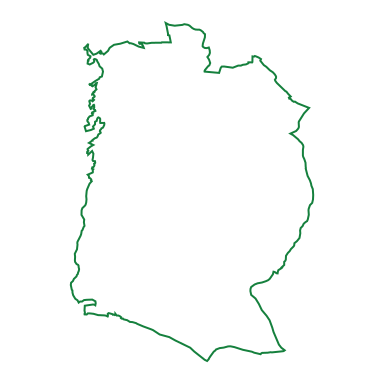 Stoina, Gorj, Romania (Mercator projection)
{"feature_id": "2599482B4391298205138", "entity_name": "Stoina", "entity_type": "district", "adm_level": 2, "iso_a3": "ROU", "parent_name": "Romania", "parent_adm1": "Gorj", "projection": "mercator", "projection_center": [23.622, 44.679], "detail": "fine", "context": "isolated", "style": "outline", "palette": "green", "viewbox_px": 384, "rotation_deg": 0, "n_neighbors": 0, "source": "geoboundaries", "source_scale": "gbopen_adm2", "svg_char_len": 5698}
<svg xmlns="http://www.w3.org/2000/svg" viewBox="0 0 384 384"><path d="M78.7,302.6L80.1,301.5L82.1,301.5L84.0,300.1L86.8,299.8L92.3,299.6L95.4,301.3L95.7,303.2L95.3,305.3L94.4,304.7L93.0,304.5L84.8,305.7L84.5,310.6L84.9,312.5L84.8,313.7L84.5,314.0L84.6,314.4L86.7,314.5L87.8,313.4L89.8,313.4L93.5,313.8L98.1,315.1L104.5,315.4L106.1,315.7L107.7,316.5L107.9,316.1L107.8,313.7L108.7,313.1L112.3,314.1L113.0,314.8L113.7,314.5L114.9,315.1L115.4,314.8L115.4,313.8L116.7,315.5L118.4,315.5L120.0,316.3L121.1,317.2L120.9,318.1L121.9,318.7L122.8,318.5L123.5,319.3L127.2,320.2L129.9,321.9L132.5,322.1L136.0,323.1L137.3,323.9L143.2,326.4L151.1,329.3L153.0,330.1L159.7,334.5L169.3,337.1L175.4,340.5L190.2,347.7L194.2,351.5L204.7,359.8L207.1,361.0L208.8,359.1L208.8,358.7L210.3,356.4L213.8,351.6L215.3,350.5L216.0,349.5L219.7,348.1L223.7,347.6L228.1,346.4L230.5,346.3L234.4,347.1L242.9,349.8L251.9,351.7L254.2,352.7L260.6,354.2L261.3,353.3L262.1,352.9L267.7,352.7L270.8,352.2L271.8,352.4L282.3,351.3L283.6,351.1L284.7,350.3L281.3,347.7L278.9,344.6L273.5,331.9L272.3,327.7L269.6,320.3L266.6,315.8L261.8,310.1L258.9,304.0L255.5,298.5L251.2,294.9L250.4,291.1L250.5,288.9L251.2,287.0L254.6,284.5L257.6,283.3L262.0,282.5L265.9,281.2L268.1,280.2L269.7,278.9L272.9,274.3L273.5,271.7L274.7,272.0L276.6,273.3L277.6,273.4L277.9,271.4L278.4,270.1L281.6,268.1L282.0,267.7L281.6,267.4L284.2,265.0L284.2,261.8L285.3,260.8L285.8,259.6L286.0,255.8L287.9,252.9L289.7,251.1L290.9,249.1L293.7,246.3L294.2,245.4L294.4,243.2L296.9,241.2L299.5,238.0L300.3,233.3L300.1,230.4L300.7,228.0L302.6,226.1L303.7,223.7L305.5,222.1L307.1,221.1L307.8,219.4L308.8,214.8L308.5,210.2L308.7,208.8L310.0,205.1L312.2,202.9L313.0,199.4L313.2,195.0L312.8,189.1L311.4,185.7L311.0,183.5L309.9,180.3L307.6,175.9L305.7,168.5L305.9,168.1L305.7,166.9L305.5,162.7L304.3,159.1L303.2,156.8L302.9,155.5L302.9,149.8L303.4,146.8L303.1,145.2L301.6,142.9L299.6,141.2L298.1,139.3L293.1,135.1L290.4,133.6L296.1,131.0L298.0,128.9L298.7,127.7L298.9,126.8L298.7,122.3L298.9,121.5L304.0,113.4L309.1,107.9L297.7,103.4L294.9,101.6L293.8,101.8L292.2,100.8L290.5,98.8L289.3,98.7L288.9,97.6L290.7,96.5L288.0,93.7L286.4,91.6L285.4,91.2L279.9,85.9L276.8,82.9L275.4,81.0L274.9,79.8L276.0,78.1L276.1,76.8L275.8,76.0L274.8,74.4L272.9,72.3L269.9,70.3L266.3,66.8L263.8,65.1L260.3,60.7L261.0,59.1L258.6,57.5L256.0,56.4L254.8,56.0L254.1,56.6L252.5,56.4L252.4,62.0L252.2,62.4L248.4,62.3L248.3,63.3L246.0,64.4L242.8,64.8L240.9,65.6L238.2,65.6L232.8,67.7L224.0,66.5L221.7,66.6L220.7,67.9L219.1,72.9L204.6,71.6L204.5,71.1L205.0,70.0L208.1,66.2L209.3,65.4L210.2,63.0L209.0,59.5L207.4,57.0L209.2,54.9L209.9,52.9L209.7,50.3L208.8,47.5L206.8,48.1L204.9,48.0L203.3,47.1L202.6,46.2L202.9,43.6L204.9,37.3L205.0,34.2L203.7,33.2L203.0,32.0L200.8,30.3L199.5,29.7L195.8,29.6L193.9,29.0L192.2,28.0L189.5,25.6L187.8,24.8L184.3,24.2L182.3,24.9L174.7,25.7L169.1,24.8L165.7,23.0L166.5,25.9L168.0,33.6L168.0,35.1L169.4,35.4L170.8,42.4L161.9,42.3L161.5,42.7L151.7,42.8L147.0,43.5L145.0,43.3L144.3,42.7L139.1,42.4L139.1,43.1L139.6,43.8L141.8,43.9L142.4,44.5L142.3,45.2L143.1,46.0L143.8,47.9L138.7,46.6L133.4,44.0L130.7,43.2L129.6,43.3L127.4,41.5L120.3,43.7L114.0,44.8L110.1,47.5L109.5,48.1L108.0,50.9L103.9,54.4L103.5,53.8L103.1,53.7L102.1,53.4L100.6,53.7L99.9,53.3L99.9,52.7L101.3,51.8L100.6,50.8L96.5,53.7L93.3,54.8L88.1,48.5L87.7,47.2L88.1,44.5L87.8,44.4L85.7,46.8L84.2,47.9L84.6,49.5L85.8,49.4L87.1,50.6L87.6,51.7L87.4,52.7L87.8,54.8L90.5,56.3L90.2,57.7L88.1,59.8L87.9,60.6L88.4,60.9L87.8,61.8L87.6,63.6L89.7,64.5L93.1,62.8L93.9,62.1L94.3,61.0L93.8,59.5L94.1,59.2L94.7,59.0L96.0,59.4L96.8,60.0L97.2,61.2L98.8,63.9L99.6,66.3L102.2,68.6L103.0,71.6L101.9,76.5L99.7,77.3L99.2,78.7L95.2,81.1L91.0,84.1L90.4,84.4L89.9,84.0L89.5,84.3L89.9,85.0L91.8,84.9L91.8,85.9L92.5,86.3L95.1,84.6L95.9,83.3L96.8,83.1L95.6,87.3L96.5,89.4L94.9,90.8L94.7,91.6L93.8,91.8L94.0,92.4L92.8,93.1L92.1,94.3L92.1,94.6L93.3,94.3L94.7,96.2L94.5,96.8L92.9,97.9L92.7,98.6L93.2,99.8L93.7,99.6L94.0,99.9L92.6,101.3L91.6,100.5L90.0,100.4L89.3,101.1L90.0,103.9L89.1,105.7L90.7,108.9L91.5,108.6L91.8,106.9L92.6,106.2L93.2,105.1L93.9,104.8L94.2,105.2L93.9,106.4L94.3,107.0L93.7,108.9L94.3,109.7L95.0,109.9L95.4,110.9L92.1,112.5L91.9,113.3L92.9,113.9L92.4,114.5L92.6,115.3L89.6,116.4L88.0,118.4L87.9,119.5L87.4,119.8L87.3,120.7L87.5,121.4L88.6,122.7L89.2,124.6L84.9,126.1L84.6,126.6L86.0,131.2L90.9,130.0L93.8,128.7L93.0,126.5L95.0,124.4L95.1,121.7L96.7,120.9L97.1,119.0L97.8,117.7L98.5,117.4L99.9,118.3L100.2,119.0L100.1,122.2L100.3,123.0L104.2,122.9L104.4,123.6L104.2,125.1L103.0,127.6L101.4,128.4L101.1,129.2L100.0,130.3L99.9,131.4L100.7,132.4L100.6,133.0L98.3,134.5L97.5,136.6L96.7,137.6L94.8,138.3L92.7,139.9L92.6,140.7L91.8,140.7L91.0,141.6L89.0,142.9L93.3,145.0L91.0,146.3L87.6,149.0L87.6,149.6L88.3,150.8L87.2,151.8L87.1,153.0L88.1,153.2L88.2,154.7L92.1,151.0L93.4,153.7L93.0,157.5L92.5,160.0L93.1,161.0L95.0,161.2L95.2,162.7L94.8,163.0L94.8,163.5L94.1,163.8L94.4,165.4L94.1,166.1L93.4,167.1L92.3,167.3L91.9,168.7L93.3,169.3L92.7,170.3L92.9,172.0L92.7,172.5L87.7,174.7L88.9,176.0L89.0,177.8L90.1,178.2L91.2,179.4L91.4,180.1L91.0,180.6L91.7,181.3L89.6,183.6L87.3,188.9L86.7,190.8L86.2,196.1L86.5,199.4L86.2,202.5L85.6,204.7L84.9,205.7L82.3,208.2L81.6,210.4L81.5,214.9L84.2,219.5L83.9,222.3L84.5,225.9L83.6,227.1L82.5,230.0L81.7,230.8L81.2,234.0L80.6,235.7L77.5,241.8L77.3,243.0L77.5,244.6L77.0,249.3L74.8,253.8L75.1,256.9L74.9,260.3L75.1,261.9L76.6,264.1L78.0,264.8L78.5,265.5L78.7,267.5L79.1,269.0L79.0,269.9L78.6,271.5L78.1,272.4L77.8,274.0L76.9,275.0L76.5,276.4L73.9,278.9L72.9,281.1L71.1,282.7L70.8,285.0L71.8,289.8L72.4,290.4L72.5,292.7L73.2,295.3L75.3,298.8L77.5,300.3L78.7,302.6Z" fill="none" stroke="#15803d" stroke-width="2"/></svg>